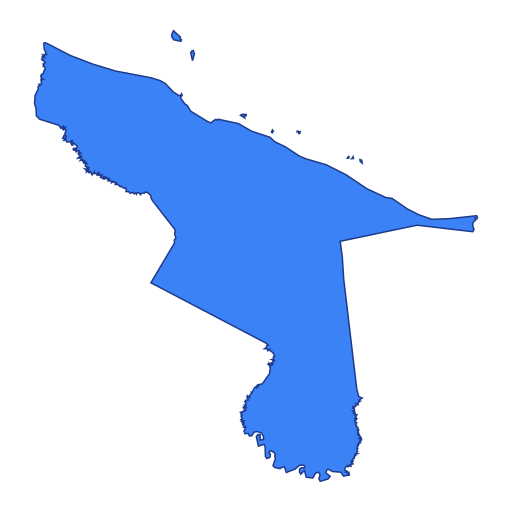 Sarmi, Papua, Indonesia (Mercator projection)
{"feature_id": "22746128B27261093121909", "entity_name": "Sarmi", "entity_type": "district", "adm_level": 2, "iso_a3": "IDN", "parent_name": "Indonesia", "parent_adm1": "Papua", "projection": "mercator", "projection_center": [139.039, -2.532], "detail": "fine", "context": "isolated", "style": "filled", "palette": "blue", "viewbox_px": 512, "rotation_deg": 0, "n_neighbors": 0, "source": "geoboundaries", "source_scale": "gbopen_adm2", "svg_char_len": 5961}
<svg xmlns="http://www.w3.org/2000/svg" viewBox="0 0 512 512"><path d="M476.6,215.7L449.2,218.7L431.9,219.3L418.9,214.8L406.9,208.7L392.1,198.4L386.0,197.6L367.0,188.8L346.1,174.8L326.1,164.7L305.8,158.8L299.3,156.0L285.3,146.8L274.9,141.8L269.9,137.2L251.8,131.3L238.5,123.6L218.0,119.2L217.4,120.3L215.9,119.4L213.6,120.6L211.3,122.8L208.2,121.9L190.7,111.2L187.2,105.4L185.1,104.2L180.9,98.5L180.8,96.3L182.2,95.7L181.6,93.8L180.7,95.3L178.5,95.4L173.3,91.9L165.2,83.4L160.1,80.6L151.2,77.8L115.8,71.1L92.2,63.9L70.4,55.5L46.1,43.0L44.3,42.8L43.8,43.6L44.2,48.9L46.5,54.5L45.0,54.1L44.6,55.3L42.7,54.8L44.4,57.3L42.3,56.8L42.1,58.6L42.9,59.1L41.9,59.6L45.4,62.5L43.1,64.1L44.0,64.9L43.2,66.4L44.5,66.9L45.3,69.6L44.1,70.4L43.2,73.8L41.5,74.3L40.7,76.3L41.6,77.0L41.1,78.7L43.3,79.3L41.0,80.2L41.6,84.3L39.0,84.3L39.7,85.7L38.1,86.4L38.2,89.1L35.1,95.4L34.5,103.6L36.0,108.1L36.4,115.8L39.6,119.2L58.9,125.3L60.7,128.1L63.4,126.1L63.9,127.2L61.9,128.1L63.4,129.8L64.1,129.3L63.8,127.7L65.4,127.4L64.5,129.3L66.1,130.1L64.8,133.9L66.0,136.1L64.0,135.6L62.7,138.4L65.6,138.1L63.9,140.3L65.9,140.0L66.8,142.1L70.4,141.7L72.1,140.5L72.4,141.6L70.7,142.5L71.8,145.1L72.8,145.2L72.5,143.6L73.3,143.0L77.5,146.3L76.5,148.3L73.5,148.4L73.2,149.3L73.9,150.3L76.3,149.5L75.6,150.9L76.2,151.9L77.5,150.6L79.3,150.9L78.4,153.2L79.8,152.6L80.9,153.3L79.0,153.6L78.8,154.6L81.3,156.3L79.4,156.6L77.8,158.3L81.2,157.8L81.6,158.7L80.3,160.5L82.8,159.8L85.6,161.8L82.7,161.0L83.8,163.1L86.1,162.5L87.2,163.7L85.4,164.1L85.4,166.4L88.9,167.4L89.0,168.4L88.3,168.8L86.8,167.3L87.2,169.5L85.0,169.0L86.4,170.3L86.4,172.0L88.4,170.1L88.4,172.4L89.1,172.7L90.1,171.3L92.1,174.9L92.7,173.6L93.8,173.6L94.3,171.8L94.9,173.5L96.3,173.7L97.3,175.3L98.2,175.0L97.8,173.4L98.8,172.3L99.4,175.3L102.1,174.8L100.4,177.3L102.7,178.2L102.7,179.2L103.5,176.7L105.9,177.2L104.5,177.9L104.4,179.0L105.9,178.1L108.0,179.7L109.0,178.3L109.6,179.3L108.2,180.8L112.1,181.3L111.6,182.6L113.5,181.4L114.1,182.3L115.8,182.3L116.9,183.9L115.5,183.0L115.2,184.5L118.1,184.5L120.3,186.8L121.3,186.3L123.4,188.0L126.3,188.4L126.0,191.5L129.0,191.8L130.1,193.3L132.7,192.4L134.3,193.9L135.7,192.9L136.5,194.1L136.8,192.9L138.6,192.7L140.6,194.7L140.9,193.4L144.4,193.1L145.6,191.9L147.7,192.7L150.9,195.6L151.1,198.4L152.9,201.2L175.2,229.9L174.6,233.7L175.9,238.1L174.2,240.1L174.5,243.0L150.9,282.8L266.7,343.5L268.1,345.0L267.2,344.9L266.2,347.7L264.6,348.7L267.3,348.8L267.8,350.7L270.0,349.1L270.2,350.8L273.0,352.7L274.7,356.2L273.3,356.9L273.7,359.1L271.8,359.5L273.9,360.3L272.1,360.7L273.5,360.9L273.2,362.5L271.7,362.7L272.6,364.5L271.7,365.3L271.1,363.6L269.6,363.9L268.9,362.9L268.0,364.3L270.3,365.6L269.6,366.2L270.3,367.9L269.4,373.8L262.2,384.0L257.8,384.7L258.5,386.2L256.7,386.0L257.2,388.5L256.1,386.8L254.6,387.5L252.1,392.2L251.1,392.2L251.6,393.4L249.5,395.6L249.6,397.3L247.6,395.9L248.1,397.7L247.5,398.1L246.5,396.5L248.3,399.9L245.6,400.3L245.7,401.8L244.3,401.3L245.8,402.7L245.6,405.0L244.7,405.1L245.7,405.8L244.0,406.7L245.5,407.3L243.8,407.9L245.7,408.4L244.2,409.8L245.4,410.6L240.6,412.3L242.0,413.2L241.0,414.1L242.0,415.3L241.0,416.1L242.4,418.6L240.9,419.5L242.0,420.2L241.2,421.3L242.0,421.9L242.2,420.7L243.0,421.6L243.8,421.3L243.1,422.3L243.8,423.0L242.4,423.9L242.9,424.7L243.5,424.2L243.3,425.6L245.3,426.5L244.1,427.2L245.5,427.4L244.0,431.2L245.0,433.8L248.3,433.4L249.4,436.0L251.8,435.7L254.2,432.0L257.4,431.6L261.3,432.9L263.6,436.5L263.4,439.4L260.1,440.1L260.1,434.6L257.9,434.5L256.3,436.7L258.4,446.1L264.0,444.3L265.1,446.6L265.4,456.4L266.8,458.5L269.9,457.4L270.3,454.1L269.0,452.6L270.5,450.6L273.5,452.1L275.3,453.9L274.7,456.0L275.4,458.8L273.0,465.7L274.9,467.5L279.9,468.6L283.3,466.7L284.7,467.5L286.3,472.5L295.2,469.0L299.7,465.2L303.2,465.1L304.8,466.1L304.5,467.8L301.3,467.8L299.6,469.2L299.5,471.9L300.7,474.2L304.4,470.6L306.3,477.2L312.8,478.0L315.5,473.3L318.0,472.1L320.1,474.4L318.9,478.8L320.2,481.3L328.0,479.0L330.2,476.3L325.8,472.8L326.9,469.8L328.8,469.4L332.4,471.5L341.0,472.2L343.5,476.1L349.4,475.0L348.9,472.7L347.6,474.2L348.3,473.2L347.7,472.2L346.2,472.0L347.2,471.4L344.5,470.1L345.1,468.0L346.5,466.3L348.1,466.6L347.8,465.7L350.9,466.2L350.6,465.4L349.5,465.8L349.7,465.0L352.9,463.9L351.5,462.8L353.0,462.5L351.9,462.3L351.3,460.9L353.1,460.9L352.7,459.4L353.5,458.0L354.3,458.3L354.3,456.4L355.3,455.4L356.2,455.9L355.1,454.3L357.4,453.7L356.3,453.4L357.6,451.3L356.9,449.0L357.8,448.4L357.1,447.2L358.2,445.7L357.6,444.8L358.6,444.7L358.8,442.9L359.7,443.1L359.5,442.0L360.5,442.0L359.9,441.1L361.1,440.4L360.2,439.2L361.5,439.2L360.9,437.6L359.4,438.0L360.7,435.9L359.9,436.7L359.5,435.3L358.3,435.2L358.9,434.2L357.9,434.2L358.4,432.5L357.6,432.2L358.7,430.3L357.4,429.9L358.3,428.9L357.6,427.3L356.6,427.3L356.5,425.3L355.2,425.2L356.1,425.0L355.5,424.2L356.7,422.7L354.9,422.0L354.9,419.7L355.8,420.4L356.5,419.2L355.5,419.5L355.1,418.2L356.3,418.0L355.6,416.8L356.9,414.8L354.7,414.8L355.1,413.7L353.8,413.4L354.9,412.6L352.7,411.0L354.5,410.8L354.2,407.9L352.8,408.1L353.1,406.4L355.4,406.6L356.3,404.7L357.6,405.1L356.6,404.1L358.2,404.5L357.8,402.7L360.2,401.2L359.0,401.0L359.2,400.0L362.2,398.0L358.8,396.7L356.8,389.3L343.7,279.0L342.3,256.8L340.2,241.3L416.8,225.2L472.8,231.7L474.0,229.6L472.7,225.6L472.9,222.7L475.6,219.9L475.1,218.2L476.8,218.9L477.5,217.3L476.6,215.7ZM180.3,37.1L173.5,30.7L171.7,34.6L171.7,36.7L173.8,39.8L180.8,41.3L181.5,39.9L180.4,39.5L180.3,37.1ZM193.3,50.5L191.6,51.2L190.7,52.7L192.5,60.7L194.4,53.9L193.3,50.5ZM246.2,114.5L242.3,114.3L240.5,115.3L244.7,117.9L244.2,116.6L246.2,115.6L246.2,114.5ZM362.2,163.1L361.7,160.2L360.0,159.6L360.2,161.5L362.2,163.1ZM300.2,131.7L297.1,131.2L297.1,131.9L298.2,131.5L298.8,133.6L299.7,133.5L300.2,131.7ZM272.4,129.9L271.5,132.2L272.4,132.8L273.3,131.0L272.4,129.9ZM351.7,158.7L353.5,158.5L353.1,156.7L351.7,158.7ZM348.7,158.3L349.1,156.9L348.5,156.5L347.3,158.1L348.7,158.3Z" fill="#3b82f6" stroke="#1e3a8a" stroke-width="1.5"/></svg>